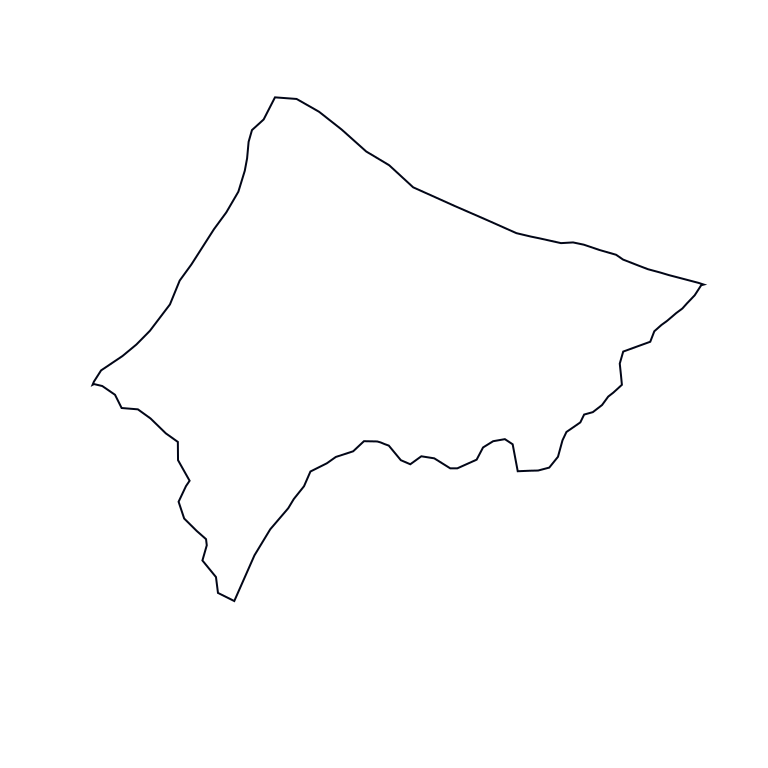 Perivolia Larnakas, Larnaca, Cyprus, rotated 196°
{"feature_id": "46923920B78276374630507", "entity_name": "Perivolia Larnakas", "entity_type": "district", "adm_level": 2, "iso_a3": "CYP", "parent_name": "Cyprus", "parent_adm1": "Larnaca", "projection": "natural_earth1", "projection_center": [33.587, 34.833], "detail": "fine", "context": "isolated", "style": "outline", "palette": "ink", "viewbox_px": 768, "rotation_deg": 196, "n_neighbors": 0, "source": "geoboundaries", "source_scale": "gbopen_adm2", "svg_char_len": 1546}
<svg xmlns="http://www.w3.org/2000/svg" viewBox="0 0 768 768"><g transform="rotate(196 384 384)"><path d="M468.1,134.1L461.3,183.6L453.3,213.0L441.8,238.2L439.0,248.6L432.7,263.7L430.6,279.6L417.1,292.0L410.2,300.6L395.1,310.8L387.5,323.5L374.7,326.9L371.1,326.9L366.8,326.4L362.4,326.1L346.8,315.4L336.6,314.1L328.2,324.8L315.2,326.4L297.1,321.2L290.2,323.2L274.1,336.8L271.3,350.3L263.3,359.1L252.6,364.3L243.7,361.5L231.4,337.0L219.7,340.9L212.0,343.3L202.1,349.2L196.7,362.0L196.9,379.1L195.4,388.2L184.7,401.2L183.2,409.8L175.5,414.5L168.6,423.9L165.0,433.7L161.2,438.9L155.1,448.8L158.6,457.7L163.0,468.6L163.0,481.1L152.0,489.1L139.7,498.0L138.7,509.2L133.6,517.2L129.3,522.7L122.6,532.8L118.0,538.8L115.0,545.0L109.8,554.9L106.3,566.4L104.1,567.7L109.5,567.9L127.9,567.5L140.3,567.2L149.0,567.3L162.0,567.1L171.2,567.9L188.5,569.5L196.5,572.2L213.6,572.2L230.3,573.0L241.3,572.2L252.7,568.2L274.3,566.9L283.4,566.2L298.3,565.5L331.1,570.1L365.1,574.6L410.2,581.1L439.3,595.7L465.2,602.6L494.8,616.9L521.5,627.8L546.6,633.9L567.8,629.5L572.6,605.1L580.9,591.7L580.9,579.5L577.8,563.2L576.6,550.6L577.0,528.7L582.9,505.5L590.1,486.0L602.1,445.8L608.9,427.1L611.7,401.5L623.7,370.6L632.9,353.7L643.1,338.8L659.7,319.1L663.5,306.3L663.9,302.9L662.7,304.0L654.3,304.4L639.6,299.5L629.6,288.6L613.6,291.8L598.9,286.5L580.1,276.4L566.2,271.5L561.0,254.0L544.2,237.4L546.2,231.3L549.0,214.2L539.0,199.6L523.5,191.1L512.3,185.8L509.9,180.1L509.9,164.3L492.3,152.1L486.0,137.4L468.1,134.1Z" fill="none" stroke="#020617" stroke-width="2"/></g></svg>